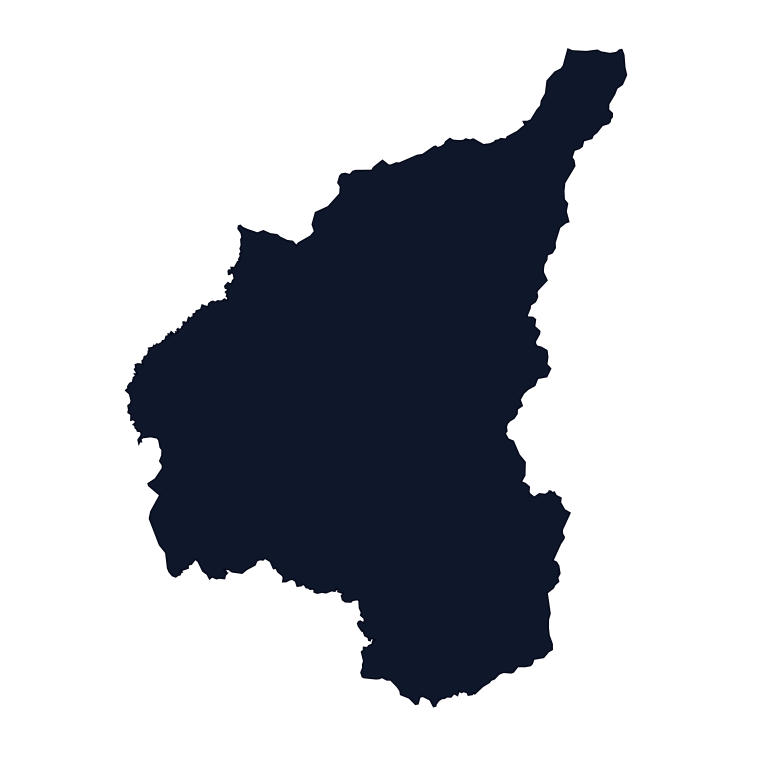 outline of Mae Fa Luang, Chiang Rai, Thailand, rotated 87°
{"feature_id": "78962969B57610066237696", "entity_name": "Mae Fa Luang", "entity_type": "district", "adm_level": 2, "iso_a3": "THA", "parent_name": "Thailand", "parent_adm1": "Chiang Rai", "projection": "mercator", "projection_center": [99.673, 20.251], "detail": "fine", "context": "isolated", "style": "filled", "palette": "ink", "viewbox_px": 768, "rotation_deg": 87, "n_neighbors": 0, "source": "geoboundaries", "source_scale": "gbopen_adm2", "svg_char_len": 6153}
<svg xmlns="http://www.w3.org/2000/svg" viewBox="0 0 768 768"><g transform="rotate(87 384 384)"><path d="M708.8,351.4L708.2,349.1L706.7,348.9L703.0,346.0L701.0,342.5L701.1,340.2L699.6,337.5L700.1,333.5L696.7,330.3L698.9,326.9L694.6,325.3L696.1,322.7L695.2,320.6L696.6,317.0L699.1,316.2L698.7,312.1L697.2,311.2L698.2,309.6L691.2,301.3L687.5,294.4L685.5,292.9L684.2,289.1L679.6,284.3L678.1,279.7L679.1,272.2L678.5,269.9L673.1,265.2L673.5,257.5L672.8,252.4L671.0,250.6L666.6,248.9L665.4,238.9L660.0,233.9L658.0,229.9L652.4,229.7L643.9,232.3L636.3,232.8L627.7,232.2L621.9,230.2L601.1,232.1L596.5,225.5L593.6,224.0L590.4,220.0L586.6,220.8L582.4,218.3L574.8,219.1L571.0,221.1L569.1,224.6L552.7,216.1L548.0,212.6L546.3,212.0L543.0,213.7L539.0,213.7L522.5,205.0L519.1,210.3L511.5,214.1L507.1,213.2L504.5,217.9L500.8,219.7L501.5,221.8L499.8,223.0L499.5,224.6L500.8,225.2L502.8,228.4L501.8,234.7L505.1,239.8L501.4,244.1L499.4,245.0L494.4,244.3L490.8,248.1L488.9,252.1L482.6,248.2L469.4,247.2L461.8,252.8L447.9,257.9L445.6,262.8L439.8,265.7L437.5,263.8L433.4,264.2L430.0,263.0L427.6,260.7L425.0,256.0L420.7,252.7L416.1,252.3L412.9,247.1L406.8,249.0L400.6,245.1L396.7,240.4L393.4,233.5L386.4,230.3L385.2,221.1L377.3,216.8L373.0,220.5L365.6,219.1L359.1,219.6L355.5,225.2L354.4,229.1L351.8,230.7L349.2,230.6L342.2,226.2L339.4,225.7L334.5,230.7L327.6,229.4L325.3,231.8L324.7,237.1L323.5,237.7L315.7,234.1L313.0,233.9L310.0,228.9L308.1,227.5L304.8,226.1L300.5,226.7L298.5,225.8L289.0,215.8L281.0,219.1L278.3,219.1L273.0,218.1L268.4,215.0L263.6,214.3L261.9,209.2L257.0,205.9L251.9,205.9L236.9,200.4L232.4,194.1L231.6,191.0L221.3,193.2L213.4,191.3L209.3,194.4L200.8,194.4L192.5,193.1L176.2,182.1L170.7,182.7L167.6,184.6L160.5,181.8L159.0,176.5L157.1,173.7L151.5,172.0L149.6,163.6L146.6,162.2L143.8,158.3L137.1,152.4L135.7,146.5L134.1,144.6L130.9,143.8L129.5,142.2L125.7,141.9L121.9,145.5L116.2,145.0L106.4,138.5L100.8,136.0L97.3,130.3L88.1,125.7L80.5,127.0L68.0,127.3L62.5,129.0L62.8,131.3L65.2,134.5L65.9,141.1L63.9,149.9L61.9,153.4L62.7,164.7L61.2,178.6L59.2,182.8L75.7,188.2L78.7,190.7L81.4,196.9L89.8,205.2L102.4,207.4L109.4,211.9L114.4,212.9L118.0,216.5L128.0,223.4L129.3,226.7L129.2,231.1L133.5,229.3L134.1,231.4L138.9,237.7L143.7,248.0L145.9,249.1L145.1,255.0L146.2,255.9L146.8,260.0L148.2,261.0L149.8,265.5L150.3,272.2L144.0,282.1L145.0,285.3L143.6,289.5L145.0,292.0L145.2,295.6L144.3,302.3L142.3,305.4L145.4,309.8L147.8,311.0L150.1,314.8L150.9,318.6L149.3,319.9L149.6,321.6L156.9,333.4L157.5,339.0L164.3,357.2L163.9,360.1L165.9,365.7L165.7,368.1L160.6,373.8L167.2,383.0L170.1,385.0L169.4,401.1L170.1,404.0L173.3,407.1L171.7,411.9L172.2,415.4L174.0,417.2L180.6,419.5L184.3,417.2L191.6,418.0L204.1,430.5L209.2,443.4L220.9,447.3L227.9,445.3L232.5,449.6L238.7,462.0L241.3,464.3L236.8,467.8L235.7,473.5L231.9,480.4L229.4,482.9L228.1,489.8L224.7,496.5L226.7,502.5L222.6,512.6L220.3,517.1L218.1,519.1L218.6,521.0L221.2,521.6L225.7,518.8L229.8,518.1L232.3,519.4L238.1,519.2L241.3,520.6L244.5,519.6L246.5,521.2L248.7,520.6L251.8,522.6L253.5,521.7L254.2,523.7L259.9,527.2L259.6,530.6L262.3,530.1L262.1,532.9L263.1,533.7L266.4,533.4L266.4,532.3L265.0,531.4L265.4,528.8L271.3,527.9L272.7,529.7L276.0,531.0L275.7,533.4L274.6,534.5L278.0,537.9L279.9,537.4L281.4,534.2L283.9,537.5L285.9,535.9L288.2,536.8L289.1,535.4L291.8,535.6L292.2,536.8L290.8,538.9L292.8,541.9L292.3,545.9L293.8,548.6L292.6,549.9L292.7,552.0L294.4,554.6L297.9,555.9L295.6,561.5L300.1,563.1L301.2,567.7L303.4,568.1L304.2,570.9L307.0,570.9L307.2,572.4L308.5,573.3L307.2,575.6L310.3,576.8L312.1,576.3L311.9,578.2L312.7,578.9L311.5,580.4L311.7,581.5L315.1,581.1L316.5,583.0L317.9,582.6L319.1,586.1L317.9,586.8L318.8,587.9L321.3,586.9L321.1,589.3L322.6,588.8L323.3,590.9L320.7,593.8L321.6,594.5L323.2,593.5L322.7,596.9L324.7,596.7L325.0,599.1L328.9,600.4L329.3,603.0L330.8,603.6L332.7,607.0L332.1,608.8L333.7,610.3L333.4,611.9L335.3,612.7L336.0,617.2L337.8,616.5L338.8,617.6L341.3,617.9L343.6,619.5L344.1,621.9L346.9,622.7L348.3,624.4L351.8,623.8L351.0,628.8L351.7,631.3L355.1,631.0L356.2,632.4L361.0,629.8L360.9,632.6L363.1,631.3L364.4,633.8L369.1,635.0L370.0,637.8L373.0,640.0L374.9,639.8L376.9,642.3L380.6,638.6L387.5,637.3L390.3,638.1L392.2,640.8L396.5,640.3L399.0,641.1L401.3,638.2L406.9,638.7L406.4,636.5L407.7,634.4L409.8,634.3L411.3,636.5L412.4,635.1L415.2,634.5L415.7,633.4L418.1,632.7L418.6,629.8L420.2,629.1L422.4,629.1L426.9,632.5L430.8,631.9L428.6,630.7L428.9,629.3L426.5,629.8L424.9,627.7L424.3,619.7L426.0,613.3L428.5,611.7L435.6,610.8L438.1,609.0L443.8,609.5L449.2,612.0L453.4,609.5L456.6,609.7L466.9,617.4L471.1,624.8L473.2,624.3L483.3,613.6L499.2,623.5L506.2,625.3L532.9,616.6L541.1,610.7L556.6,609.7L560.3,608.4L564.3,605.4L565.8,602.1L563.8,599.2L564.1,598.0L562.7,597.0L561.4,597.4L561.3,595.5L559.7,596.4L557.6,589.2L554.5,589.2L553.8,585.7L549.0,581.6L551.5,578.9L561.4,574.7L564.8,570.5L569.5,568.4L567.5,565.8L569.7,561.4L569.1,558.6L570.0,553.4L566.8,552.6L564.6,550.3L563.9,551.9L562.9,551.4L562.0,553.4L561.1,553.4L560.8,549.1L563.6,545.6L565.5,535.6L562.0,530.9L558.0,522.3L553.9,520.3L552.8,516.9L553.4,514.0L551.7,512.1L555.2,506.8L562.6,504.0L562.0,501.6L566.1,499.7L570.1,495.3L572.2,494.6L576.2,495.5L576.2,492.0L574.4,488.1L574.2,485.5L576.4,482.6L581.4,481.3L581.0,476.9L579.8,475.9L580.4,474.0L583.4,472.3L583.3,470.9L585.2,468.4L584.8,465.9L586.5,464.2L588.0,464.7L589.4,461.8L588.6,456.8L589.5,452.9L587.6,447.0L588.4,443.9L586.0,441.6L587.3,440.3L588.9,440.9L591.1,435.3L593.2,437.6L597.4,436.7L599.5,434.0L600.0,428.4L598.4,426.8L597.9,421.8L599.0,420.3L606.6,420.2L610.9,418.5L613.8,419.4L616.9,416.1L619.8,415.9L621.4,417.1L619.5,420.2L620.2,421.9L621.9,422.9L624.6,422.1L629.5,419.1L630.0,417.6L634.4,416.3L636.4,412.9L639.1,412.7L639.6,411.2L637.1,410.4L639.1,406.4L640.1,408.7L643.3,409.5L644.6,413.0L646.5,414.4L645.9,418.2L648.9,418.4L650.3,420.5L659.8,418.7L663.0,420.0L666.3,420.0L670.9,422.1L675.2,421.0L676.1,419.5L678.0,407.3L677.9,404.0L676.8,401.4L679.7,396.6L679.8,392.9L687.1,386.5L691.2,384.1L695.0,383.6L698.9,375.2L705.5,369.4L705.2,366.8L698.6,364.7L697.8,361.7L701.8,354.6L708.8,351.4Z" fill="#0f172a" stroke="#020617" stroke-width="1.5"/></g></svg>